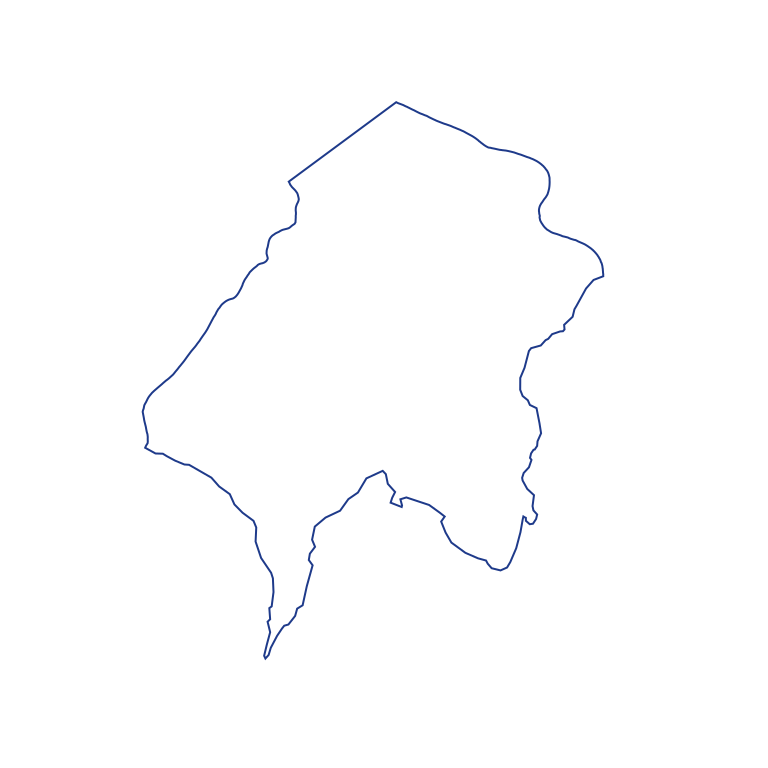 Honeymoon Beach, Saint Lucia, rotated 54°
{"feature_id": "8701671B64660107039204", "entity_name": "Honeymoon Beach", "entity_type": "district", "adm_level": 2, "iso_a3": "LCA", "parent_name": "Saint Lucia", "parent_adm1": "", "projection": "natural_earth1", "projection_center": [-60.906, 13.777], "detail": "fine", "context": "isolated", "style": "outline", "palette": "blue", "viewbox_px": 768, "rotation_deg": 54, "n_neighbors": 0, "source": "geoboundaries", "source_scale": "gbopen_adm2", "svg_char_len": 6165}
<svg xmlns="http://www.w3.org/2000/svg" viewBox="0 0 768 768"><g transform="rotate(54 384 384)"><path d="M163.2,208.5L164.3,342.1L165.9,342.3L167.5,342.7L169.0,342.7L170.6,342.7L173.8,342.2L175.4,342.0L176.9,342.0L178.5,342.0L180.0,342.4L183.0,343.6L184.4,344.3L185.6,345.6L186.5,347.1L187.3,348.7L188.3,350.2L189.3,351.5L190.6,352.6L191.8,353.5L193.4,354.4L194.8,355.4L196.1,356.6L197.4,357.5L198.6,358.5L201.2,360.6L201.9,362.3L201.8,364.0L201.8,365.8L202.0,367.6L202.0,368.6L201.9,369.6L201.4,371.1L200.6,373.1L199.8,375.1L199.5,376.2L199.2,378.0L199.1,379.7L198.7,381.5L198.4,383.3L198.4,385.2L198.3,387.0L198.6,388.8L199.0,390.1L199.4,391.1L200.0,392.1L201.0,393.5L202.4,395.0L203.6,396.3L204.8,397.6L205.8,399.0L206.9,400.3L208.2,401.4L209.5,402.4L212.4,403.5L213.9,404.1L214.6,404.9L215.4,407.1L215.4,409.2L214.9,411.2L214.4,412.3L213.7,414.2L213.5,416.0L213.8,417.7L213.9,421.3L214.1,423.1L214.4,425.1L214.7,427.0L215.5,428.8L216.0,430.5L216.7,432.2L217.4,434.3L218.1,436.0L219.0,437.6L219.8,439.1L220.9,440.5L222.6,443.5L223.4,445.2L224.7,448.0L225.5,450.1L226.1,452.5L226.2,454.4L226.0,456.1L225.3,457.8L224.7,459.5L224.3,461.4L224.1,463.1L224.1,464.9L224.2,466.7L224.4,468.6L225.0,470.6L225.6,472.2L226.0,474.0L226.7,475.6L227.5,477.4L228.6,479.3L229.3,481.0L229.9,482.7L230.8,484.5L231.6,486.2L232.4,487.8L235.9,494.9L237.3,498.4L237.9,500.2L238.6,502.3L239.9,506.0L240.6,507.7L241.7,511.5L242.2,512.9L242.8,514.9L244.1,520.3L244.6,522.0L246.2,527.1L247.3,530.4L248.0,532.6L249.5,538.2L249.9,539.9L250.5,541.8L251.4,545.4L251.8,546.8L252.4,549.1L252.6,551.0L252.8,552.8L253.0,554.7L253.1,556.5L253.1,558.4L253.4,562.2L253.6,563.9L254.0,569.2L254.2,571.4L254.4,573.8L254.8,576.9L255.4,579.2L255.7,580.4L256.1,581.6L256.5,582.7L257.0,583.8L258.8,587.2L259.5,588.8L260.3,590.4L261.5,591.7L262.7,593.0L263.6,594.4L264.7,595.6L268.1,597.2L269.6,597.9L272.4,599.3L274.0,600.0L278.5,601.8L281.4,603.2L282.9,603.9L284.4,604.5L285.4,604.8L287.4,605.9L288.6,606.7L289.2,607.2L290.2,607.9L291.7,608.9L293.0,610.1L293.6,611.7L294.3,613.2L295.2,614.7L305.9,609.7L310.4,603.9L314.8,602.1L323.3,598.0L331.8,592.8L334.8,589.2L358.3,578.7L370.0,577.6L382.5,573.5L393.5,575.8L405.0,574.1L418.0,570.0L425.0,571.7L436.0,580.5L452.5,585.7L470.4,586.3L475.9,588.1L487.4,595.7L497.9,605.6L497.9,608.5L507.4,614.4L507.9,617.9L517.9,622.0L525.9,631.9L533.4,640.7L536.4,641.3L535.4,636.6L530.9,630.7L524.9,618.5L521.9,610.3L520.9,606.8L522.4,602.7L519.4,592.2L514.7,586.3L515.2,579.9L502.2,565.3L488.7,548.3L482.2,548.3L477.7,543.7L475.2,535.5L467.7,533.7L458.7,523.8L457.7,509.8L460.7,494.0L456.2,480.5L456.5,468.9L450.0,453.7L453.5,436.1L458.0,435.5L467.0,439.6L477.9,438.5L480.9,444.3L483.9,448.4L493.9,442.0L492.9,440.8L486.9,438.5L488.9,432.6L508.4,418.6L520.9,414.5L526.9,412.8L528.9,418.6L540.4,421.5L551.9,422.7L568.4,417.4L580.3,410.4L586.8,405.2L590.3,405.7L596.3,405.2L603.3,399.3L604.8,392.3L602.3,386.5L594.6,373.6L584.1,360.7L575.1,351.4L573.1,349.1L574.6,348.5L575.6,347.9L578.1,349.6L583.1,348.5L584.6,345.6L582.6,340.3L579.6,336.8L574.1,337.4L570.1,335.6L562.1,328.0L553.1,329.8L543.6,328.6L541.1,327.4L538.1,323.3L536.6,315.7L532.1,309.3L529.6,309.3L526.6,305.8L525.1,301.7L525.6,300.6L524.1,296.5L520.6,293.5L516.2,285.9L507.2,281.3L493.2,274.8L486.7,278.3L481.7,277.2L475.2,278.9L468.7,277.2L459.2,270.2L453.5,260.8L442.5,247.4L441.5,243.9L445.0,234.5L443.5,227.5L444.0,224.6L442.5,218.7L445.0,210.6L446.5,208.2L446.0,205.9L442.0,203.5L440.5,191.9L435.5,186.0L434.0,182.5L425.5,164.4L423.0,153.3L425.7,143.3L424.7,142.6L424.2,142.2L422.4,141.2L421.2,140.4L420.6,140.1L419.4,139.3L418.7,139.0L416.9,138.0L414.9,137.2L413.5,136.8L412.9,136.8L412.0,136.5L410.7,136.1L409.9,136.0L409.2,135.9L408.6,135.9L408.0,135.8L407.3,135.7L406.6,135.7L406.0,135.7L405.3,135.6L403.0,135.7L400.0,136.0L399.4,136.2L398.7,136.2L397.3,136.6L396.6,136.7L396.0,136.9L395.4,137.1L394.1,137.5L393.4,137.8L392.1,138.2L390.7,138.8L390.1,139.0L388.8,139.6L387.0,140.6L385.5,141.5L382.8,143.1L380.9,144.0L380.3,144.4L379.7,144.8L379.3,145.3L376.4,147.5L375.0,148.4L374.2,148.8L373.5,149.2L372.9,149.7L371.8,150.6L371.2,151.1L369.6,152.5L369.1,152.9L368.4,153.2L367.8,153.6L366.0,154.8L364.9,155.6L364.4,155.9L363.3,156.8L361.5,158.2L360.9,158.6L359.7,159.3L359.1,159.6L356.6,160.6L354.7,161.4L352.8,161.7L352.1,161.9L351.4,161.9L350.7,162.0L349.1,162.0L347.0,161.9L346.3,161.9L343.5,161.5L340.8,160.3L340.2,159.8L339.8,159.3L339.1,158.9L338.4,158.7L337.1,158.1L336.0,157.4L335.3,157.1L334.8,156.7L334.2,156.3L333.1,155.2L332.7,154.7L332.2,154.1L331.8,153.5L331.4,152.9L330.7,151.4L330.4,150.8L330.0,149.4L329.4,147.8L329.1,147.0L328.8,146.3L328.6,145.6L328.4,144.8L327.9,143.1L327.6,142.4L327.0,141.0L326.7,140.3L325.0,138.0L324.0,136.8L322.8,135.4L321.0,133.7L320.5,133.3L319.8,132.7L318.0,131.3L317.4,130.9L316.2,130.1L315.7,129.7L314.5,128.9L313.9,128.6L311.4,127.6L309.4,127.0L308.0,126.8L307.3,126.7L305.6,126.8L304.9,126.8L303.5,126.8L301.9,127.0L301.3,127.0L300.6,127.2L299.9,127.4L299.1,127.5L296.1,128.4L294.0,129.2L292.7,129.8L290.0,131.2L289.3,131.6L287.8,132.6L287.2,132.9L286.4,133.4L284.1,135.1L283.6,135.4L283.0,135.8L278.9,138.5L276.7,140.2L276.1,140.6L273.2,142.6L270.8,144.6L268.5,146.6L267.3,147.7L266.2,148.8L265.8,149.3L265.3,149.8L264.8,150.4L263.7,151.5L262.6,152.7L261.5,153.7L259.9,155.1L259.1,155.8L257.9,156.9L256.3,158.4L255.7,158.8L254.2,160.4L253.6,160.8L251.5,161.8L249.4,162.6L247.3,163.2L246.7,163.4L246.1,163.6L245.3,163.8L244.7,163.9L243.9,164.2L243.2,164.4L242.4,164.5L240.3,165.1L238.7,165.6L237.4,166.1L236.8,166.3L234.9,167.1L232.2,168.4L229.7,169.6L229.1,169.9L227.3,170.7L225.9,171.4L225.3,171.8L224.6,172.2L222.8,173.2L222.2,173.6L219.8,175.1L218.6,175.8L217.1,176.8L215.7,177.6L214.5,178.3L213.3,179.1L211.6,180.3L210.4,181.1L209.4,181.9L208.1,182.8L202.8,186.2L201.5,187.0L200.7,187.4L199.5,188.1L198.6,188.6L197.3,189.3L194.7,190.7L194.0,191.0L192.1,191.9L191.0,192.7L189.9,193.4L188.7,194.1L186.3,195.7L185.0,196.4L182.9,197.5L181.5,198.2L180.6,198.6L178.7,199.7L175.0,201.6L174.3,202.0L173.6,202.3L171.8,203.4L170.4,204.1L169.8,204.4L169.3,204.7L165.1,207.5L163.8,208.2L163.2,208.5Z" fill="none" stroke="#1e3a8a" stroke-width="2"/></g></svg>